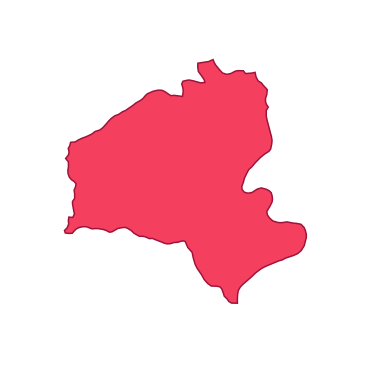 the district of Bariri, São Paulo, Brazil, rotated 231°
{"feature_id": "56859067B75550214220270", "entity_name": "Bariri", "entity_type": "district", "adm_level": 2, "iso_a3": "BRA", "parent_name": "Brazil", "parent_adm1": "São Paulo", "projection": "orthographic", "projection_center": [-48.72, -22.06], "detail": "fine", "context": "isolated", "style": "filled", "palette": "rose", "viewbox_px": 384, "rotation_deg": 231, "n_neighbors": 0, "source": "geoboundaries", "source_scale": "gbopen_adm2", "svg_char_len": 2849}
<svg xmlns="http://www.w3.org/2000/svg" viewBox="0 0 384 384"><g transform="rotate(231 192 192)"><path d="M82.3,219.9L81.8,223.0L80.5,226.4L78.7,231.2L77.6,235.5L77.8,240.2L79.7,245.5L84.7,252.2L87.3,254.3L91.0,256.0L94.0,256.8L98.3,256.4L101.6,253.7L104.0,251.2L109.1,246.9L111.7,242.4L114.0,239.8L118.6,236.6L123.1,235.9L126.8,236.2L129.8,237.9L131.6,242.9L133.7,247.7L135.4,249.7L138.1,251.6L141.5,253.1L144.4,252.8L147.3,251.5L151.5,248.5L153.1,244.9L153.5,241.9L153.8,238.5L155.8,234.8L159.0,232.5L162.5,232.5L165.0,234.3L167.3,238.2L169.7,241.4L171.9,246.0L173.7,250.2L173.9,254.1L174.9,259.4L175.7,266.2L175.8,270.1L175.7,273.1L175.2,277.3L175.8,280.0L178.9,283.9L181.6,286.6L185.3,288.7L200.9,295.7L204.4,297.6L208.7,301.1L210.0,304.7L213.6,305.0L216.6,306.4L218.8,308.5L220.8,311.6L224.2,314.9L230.5,314.5L233.1,314.6L236.8,313.3L241.1,314.2L245.3,316.3L246.6,313.6L250.4,308.1L253.9,308.2L257.4,304.1L258.7,301.6L259.6,296.9L261.5,293.1L265.3,290.6L269.7,290.3L272.8,290.3L276.0,290.3L278.8,290.8L281.7,291.7L282.9,287.0L284.8,283.8L286.5,280.9L288.4,277.6L285.5,275.1L281.7,272.8L276.0,272.5L271.4,272.1L269.0,270.9L271.5,267.3L273.9,265.6L277.8,262.8L280.9,260.2L282.4,257.6L283.8,254.6L282.4,252.0L278.2,250.2L275.3,248.1L272.3,244.7L278.3,239.0L280.2,236.2L283.6,235.1L287.0,234.1L289.8,232.8L292.4,229.9L293.8,227.2L294.9,224.8L295.6,222.1L296.4,219.4L296.3,216.6L295.5,212.8L295.7,209.1L296.5,204.4L296.5,200.3L297.0,194.7L297.1,191.9L298.1,188.6L298.5,183.9L299.8,179.9L300.0,175.7L299.6,171.9L299.0,168.9L298.1,163.0L298.2,159.3L300.0,154.8L300.1,150.6L301.1,146.4L301.9,143.5L302.9,140.7L303.9,136.8L304.4,132.8L307.0,128.9L304.8,125.9L303.8,123.3L300.4,121.6L298.5,119.2L297.6,114.9L293.2,114.9L289.5,112.0L286.9,109.1L284.0,107.1L280.8,106.0L277.6,106.0L274.4,107.0L271.4,107.1L269.3,104.7L267.6,101.5L264.4,99.6L260.9,96.8L259.8,93.1L257.6,91.4L255.3,90.2L252.1,88.4L248.9,86.8L247.3,83.3L250.0,80.5L247.7,78.0L244.8,76.1L242.7,72.3L242.4,68.7L239.9,67.7L237.1,70.4L235.3,73.1L235.8,75.7L236.1,79.0L235.2,82.5L233.6,85.5L231.2,88.3L226.4,91.0L224.0,94.4L222.3,96.3L218.9,99.3L216.3,101.0L212.8,102.5L211.4,104.7L210.3,111.5L208.5,114.8L206.6,117.8L204.2,119.1L200.4,120.5L196.3,121.0L190.8,123.2L188.6,125.8L186.6,127.5L182.5,129.6L180.9,132.0L178.6,133.2L176.0,134.7L172.6,136.7L169.4,138.4L167.3,140.1L165.5,142.6L164.1,146.1L161.9,149.3L160.0,153.9L157.9,155.6L154.3,154.6L151.4,153.8L144.9,154.1L142.4,152.7L140.0,151.5L134.0,149.0L129.7,148.0L125.2,147.6L122.0,147.4L116.3,146.4L111.2,146.6L106.8,147.8L103.6,151.5L101.0,153.9L98.2,154.2L94.5,153.0L90.7,151.5L86.4,152.0L83.8,151.7L80.8,152.8L77.0,157.3L80.6,160.2L83.0,162.3L86.2,165.8L87.7,169.6L88.2,172.9L88.6,184.7L89.1,190.4L89.0,193.2L88.9,196.8L88.4,200.2L87.3,204.5L84.8,212.9L83.9,216.0L82.3,219.9Z" fill="#f43f5e" stroke="#9f1239" stroke-width="1.5"/></g></svg>